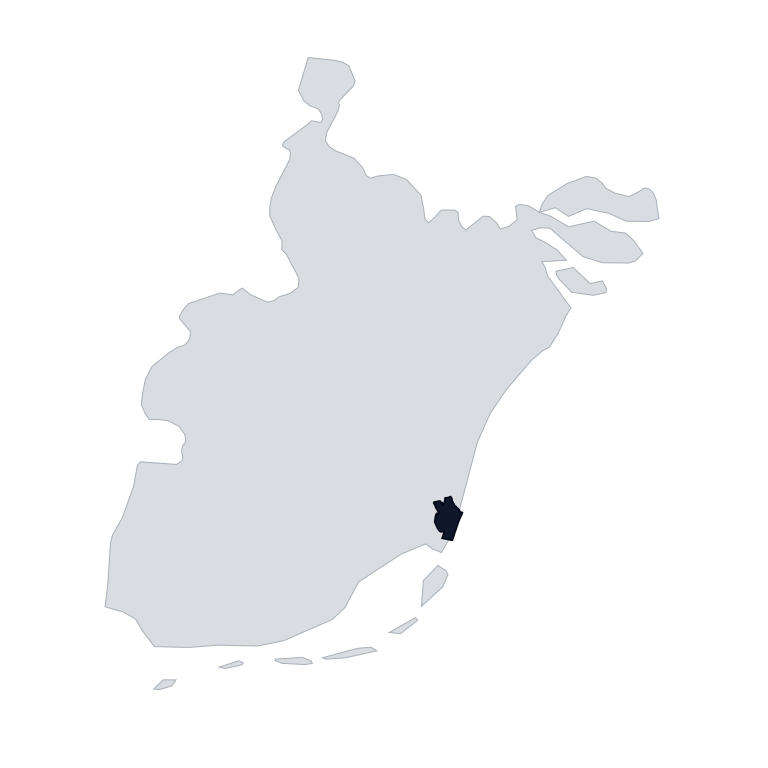 Schagen, Noord-Holland, Netherlands shown in context, rotated 184°
{"feature_id": "6326949B3670086386110", "entity_name": "Schagen", "entity_type": "district", "adm_level": 2, "iso_a3": "NLD", "parent_name": "Netherlands", "parent_adm1": "Noord-Holland", "projection": "mercator", "projection_center": [4.782, 52.788], "detail": "fine", "context": "in_parent", "style": "filled", "palette": "ink", "viewbox_px": 768, "rotation_deg": 184, "n_neighbors": 0, "source": "geoboundaries", "source_scale": "gbopen_adm2", "svg_char_len": 6347}
<svg xmlns="http://www.w3.org/2000/svg" viewBox="0 0 768 768"><g transform="rotate(184 384 384)"><path d="M482.4,704.4L468.5,703.9L455.5,703.5L448.7,702.4L441.4,699.1L438.0,692.4L434.0,684.2L435.1,679.3L447.2,665.1L449.1,661.2L447.8,659.1L449.0,652.8L458.4,631.6L459.6,623.1L455.4,617.1L449.4,613.5L429.8,607.2L420.4,598.3L416.1,590.5L411.7,588.3L405.3,590.9L389.1,593.8L375.9,589.6L360.3,574.9L356.7,561.7L354.7,551.5L350.9,548.0L345.6,553.2L339.0,561.5L325.9,562.5L322.1,560.5L321.5,556.0L320.7,551.6L317.1,546.2L313.3,543.2L296.6,558.4L290.5,558.4L282.7,552.5L278.8,546.8L270.3,550.1L262.6,557.1L265.2,570.4L261.1,572.8L251.6,571.6L240.9,566.1L229.0,562.8L210.9,553.7L185.7,561.1L168.2,552.2L153.6,551.4L144.6,544.3L134.8,532.3L141.7,524.4L148.4,521.7L175.1,520.2L194.5,525.0L229.4,551.0L238.2,550.8L247.5,547.5L242.7,540.4L234.0,537.0L221.0,530.0L210.7,520.2L235.0,517.0L231.6,511.9L228.4,503.3L202.8,472.9L207.2,464.7L213.6,447.0L221.6,432.3L228.0,428.3L238.6,417.9L261.4,387.2L276.0,362.1L286.8,332.3L302.7,249.7L307.4,235.6L315.0,219.9L324.6,222.9L331.3,227.4L355.0,215.5L395.6,184.7L407.5,157.9L419.3,145.4L465.9,121.1L491.7,113.8L531.4,111.9L560.2,107.6L594.7,106.0L607.8,121.0L615.4,132.1L627.7,138.2L646.7,142.3L645.6,164.0L645.7,206.7L644.3,214.3L635.8,232.2L626.7,264.4L624.3,285.4L621.6,289.4L585.4,289.3L580.3,292.9L579.5,297.5L581.4,302.9L580.5,308.3L577.6,312.7L579.2,319.6L585.5,327.5L596.9,332.4L609.1,332.8L615.4,332.0L620.0,337.6L624.6,346.3L624.2,357.2L622.4,371.8L616.7,385.3L600.0,400.8L592.5,406.3L585.5,409.0L582.1,413.2L580.6,418.3L580.9,422.9L592.8,435.4L592.5,438.2L589.1,444.6L584.5,450.7L553.9,463.3L541.2,462.3L534.0,468.6L531.8,469.8L523.8,464.0L505.9,457.4L499.2,459.7L495.5,463.3L484.2,467.7L476.2,474.6L476.2,483.5L490.4,506.5L495.4,511.0L495.6,519.5L502.5,530.3L509.6,543.7L510.3,552.2L509.5,560.9L505.9,573.1L493.6,601.6L493.4,607.1L494.5,611.2L498.7,612.4L501.9,614.5L500.9,618.3L477.9,638.1L474.9,641.5L465.2,640.5L463.7,643.8L465.1,649.1L468.8,653.8L477.1,656.2L484.1,661.2L489.8,671.0L482.4,704.4ZM240.9,566.1L238.9,574.4L233.6,583.5L215.5,596.6L196.7,605.2L186.9,604.1L180.3,599.6L176.7,594.9L166.6,590.4L152.7,588.1L144.1,593.0L137.9,597.7L132.6,596.9L128.5,593.0L125.4,587.0L121.3,568.1L131.6,564.6L154.0,563.3L171.3,569.9L194.1,573.1L211.6,564.1L225.3,571.8L240.9,566.1ZM203.1,488.6L216.4,500.6L219.3,504.5L220.3,508.6L203.4,513.4L185.3,498.6L173.4,502.1L168.9,495.1L168.9,490.7L181.2,487.1L203.1,488.6ZM331.1,190.6L317.5,206.7L309.3,202.2L306.9,198.4L311.1,185.9L331.1,164.9L331.1,190.6ZM391.1,118.7L378.4,120.5L372.6,117.3L403.3,108.2L422.8,105.4L426.2,106.7L391.1,118.7ZM473.5,101.9L446.6,105.6L437.5,102.8L436.0,100.2L443.3,98.6L466.3,98.2L473.4,100.5L473.5,101.9ZM361.5,136.5L336.2,153.2L334.0,150.6L350.3,136.0L361.5,136.5ZM583.5,73.5L570.9,74.3L574.5,68.2L586.2,63.6L592.6,63.6L583.5,73.5ZM528.7,90.0L509.6,97.8L504.9,96.2L506.1,93.9L522.9,89.0L528.7,90.0Z" fill="#d9dde1" stroke="#a8b0b8" stroke-width="1"/><path d="M309.6,276.4L309.9,276.1L310.0,276.1L310.3,276.1L310.6,276.0L310.7,275.9L312.4,275.3L312.5,275.2L312.8,275.1L313.0,275.0L313.5,275.0L313.8,274.9L314.1,274.9L314.8,274.9L315.0,274.8L315.2,274.7L315.3,274.3L315.3,274.2L315.3,273.9L315.3,273.6L315.2,273.3L315.2,273.0L315.2,272.8L315.3,272.6L315.3,272.4L315.5,271.4L315.6,270.4L315.6,270.2L315.6,269.9L315.8,269.4L315.9,269.2L316.1,268.6L316.2,268.1L316.3,268.0L316.3,267.9L316.3,267.7L316.4,267.4L316.5,267.5L316.8,267.7L317.1,267.8L317.3,268.0L317.5,268.2L317.5,268.4L317.5,268.5L317.4,268.9L317.4,269.0L317.4,269.3L317.4,269.6L317.5,269.7L317.9,269.8L318.0,269.8L318.3,269.8L318.5,269.9L318.9,269.7L319.0,269.8L318.9,269.9L318.9,270.0L319.0,270.0L319.2,270.4L319.3,270.4L319.3,270.5L319.5,270.7L319.5,270.8L319.7,271.0L319.9,270.9L320.0,271.1L319.8,271.1L320.0,271.3L320.2,271.2L320.3,271.1L320.5,271.1L320.8,271.0L321.1,271.1L321.3,271.1L321.6,271.0L322.0,270.9L322.4,270.8L322.6,270.7L322.8,270.6L323.0,270.5L323.1,270.4L323.3,270.4L324.3,270.2L324.9,270.1L325.2,270.0L325.6,269.9L325.8,269.9L325.9,269.6L325.9,269.4L325.9,269.2L326.0,269.1L326.0,268.9L326.2,268.7L326.0,268.4L325.9,268.3L325.8,268.2L325.7,268.1L325.6,267.8L325.5,267.6L325.4,267.5L325.4,267.4L325.4,267.2L325.2,267.0L325.1,266.9L324.8,266.7L324.7,266.4L324.6,266.1L324.4,265.7L324.2,265.1L324.1,264.9L323.8,264.4L323.7,264.2L323.5,263.8L323.4,263.8L323.2,263.5L323.1,263.3L322.4,262.3L322.2,262.0L321.4,260.8L321.1,260.4L320.8,260.0L320.7,259.9L320.6,259.7L320.5,259.4L320.4,259.1L320.3,258.8L320.3,258.6L320.2,258.6L320.3,258.6L320.5,258.6L320.8,258.5L320.9,258.4L321.0,258.4L321.5,258.7L321.8,258.7L322.1,258.8L322.1,258.1L322.1,257.9L322.0,257.7L322.4,257.7L322.6,257.6L323.0,257.5L323.3,257.5L323.3,257.4L323.2,257.2L323.2,256.9L323.2,256.7L323.1,256.4L323.1,256.0L323.1,255.9L323.1,255.7L323.3,255.6L323.5,255.6L323.6,255.4L323.6,254.1L323.6,253.8L323.7,253.3L323.7,252.8L323.7,252.1L323.7,251.9L323.7,251.7L323.8,251.6L323.8,251.4L323.8,251.2L324.0,250.3L324.0,250.2L323.8,249.8L323.6,249.4L323.3,248.8L322.0,246.3L321.2,244.8L321.1,244.6L320.8,244.0L320.7,243.9L320.6,243.7L319.6,242.4L319.4,242.2L319.2,242.0L318.5,241.2L316.9,240.3L316.1,240.5L313.8,241.0L313.8,240.9L313.7,240.9L314.0,239.7L314.1,239.1L314.6,237.1L314.7,236.5L314.8,236.2L315.0,235.5L315.1,235.1L315.2,234.3L315.3,234.1L315.2,234.1L313.9,233.9L313.7,233.8L313.4,233.8L313.2,233.8L310.8,233.5L307.8,233.1L306.5,232.9L304.8,232.8L304.8,233.0L304.3,234.9L303.8,236.7L303.3,238.9L302.9,240.7L302.3,242.8L301.7,244.8L301.3,246.7L299.7,252.6L299.0,254.5L298.5,256.1L297.6,258.1L297.0,260.2L296.7,261.3L299.0,261.9L299.3,262.3L299.6,262.6L299.7,262.8L299.7,263.0L299.9,263.2L300.0,263.2L300.0,263.3L300.0,263.6L300.1,263.8L300.3,263.9L300.5,263.9L300.6,264.0L300.9,264.2L301.2,264.7L301.4,265.0L301.5,265.1L301.7,265.3L301.9,265.4L302.1,265.4L302.6,265.5L302.8,265.6L302.8,265.8L303.0,265.9L303.1,266.0L303.2,266.4L303.3,266.5L303.4,266.8L303.6,267.0L303.8,267.1L304.0,267.1L304.3,267.0L304.6,267.4L304.6,267.5L305.3,268.4L305.7,269.0L305.8,269.3L305.9,269.5L306.0,269.6L306.3,269.9L306.6,270.2L306.6,270.3L306.9,271.0L307.0,271.0L307.3,271.5L307.7,272.1L307.8,272.2L307.9,272.7L307.9,272.9L308.0,273.3L308.2,274.2L308.2,274.4L308.2,274.6L308.3,274.8L308.4,275.0L308.5,275.1L308.6,275.3L309.1,275.8L309.4,276.1L309.6,276.4Z" fill="#0f172a" stroke="#020617" stroke-width="1.5"/></g></svg>